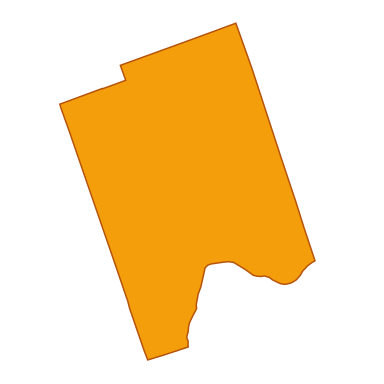 Madison, Illinois, United States of America (Equal Earth projection), rotated 251°
{"feature_id": "52423323B93298735954230", "entity_name": "Madison", "entity_type": "district", "adm_level": 2, "iso_a3": "USA", "parent_name": "United States of America", "parent_adm1": "Illinois", "projection": "equal_earth", "projection_center": [-90.091, 38.828], "detail": "fine", "context": "isolated", "style": "filled", "palette": "amber", "viewbox_px": 384, "rotation_deg": 251, "n_neighbors": 0, "source": "geoboundaries", "source_scale": "gbopen_adm2", "svg_char_len": 925}
<svg xmlns="http://www.w3.org/2000/svg" viewBox="0 0 384 384"><g transform="rotate(251 192 192)"><path d="M102.1,95.1L57.7,95.1L47.6,95.5L47.0,113.9L46.7,138.0L49.2,138.6L52.2,139.8L54.7,139.6L56.0,139.7L57.6,140.4L61.2,142.9L66.1,145.1L69.2,147.1L73.2,151.0L75.1,152.9L80.0,158.2L81.1,158.7L83.1,158.9L84.6,159.6L93.3,164.5L99.7,169.7L116.0,179.7L117.6,182.9L117.8,186.4L115.4,199.0L114.1,204.2L111.8,208.5L101.7,216.9L93.3,222.8L93.2,222.9L91.2,226.2L89.6,229.8L89.1,233.0L86.1,237.3L82.7,239.5L76.7,245.6L74.7,249.0L74.2,251.2L74.1,251.6L73.9,253.5L73.8,257.0L75.0,262.1L78.0,267.3L79.9,269.5L81.0,270.6L84.8,277.8L86.4,283.1L86.9,285.9L124.0,286.3L126.0,286.4L148.5,287.0L195.0,287.4L289.5,288.9L337.3,288.4L337.2,282.3L336.3,239.3L335.1,165.5L319.2,165.7L318.7,140.9L319.1,140.9L318.1,95.6L312.2,95.4L292.8,95.7L146.6,95.8L114.0,95.7L109.5,95.7L102.1,95.1Z" fill="#f59e0b" stroke="#b45309" stroke-width="1.5"/></g></svg>